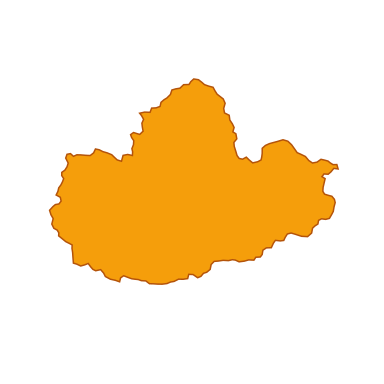 Santana do Manhuaçu, Minas Gerais, Brazil (orthographic projection), rotated 59°
{"feature_id": "56859067B31975858135216", "entity_name": "Santana do Manhuaçu", "entity_type": "district", "adm_level": 2, "iso_a3": "BRA", "parent_name": "Brazil", "parent_adm1": "Minas Gerais", "projection": "orthographic", "projection_center": [-41.894, -20.049], "detail": "fine", "context": "isolated", "style": "filled", "palette": "amber", "viewbox_px": 384, "rotation_deg": 59, "n_neighbors": 0, "source": "geoboundaries", "source_scale": "gbopen_adm2", "svg_char_len": 2835}
<svg xmlns="http://www.w3.org/2000/svg" viewBox="0 0 384 384"><g transform="rotate(59 192 192)"><path d="M247.5,54.9L243.1,53.7L241.2,57.0L238.3,58.5L235.5,59.5L233.1,61.8L230.4,64.6L230.8,69.4L229.2,73.8L225.1,75.7L220.0,76.5L215.7,79.3L212.4,81.6L207.9,81.9L202.8,82.3L197.8,83.7L194.1,87.1L192.6,93.0L191.4,97.2L190.4,100.8L189.9,105.1L190.7,109.3L195.0,111.9L197.8,114.1L200.1,116.3L199.9,120.1L198.3,125.0L194.0,126.5L190.1,127.5L189.9,131.8L187.5,134.3L183.9,134.6L180.1,133.6L174.7,132.3L171.1,130.6L169.5,126.2L164.7,124.4L161.5,126.0L158.4,122.7L154.4,122.3L149.8,122.5L145.4,120.6L141.0,123.4L136.7,121.8L133.0,117.9L128.3,117.3L124.2,118.9L121.1,120.1L117.2,120.2L113.1,120.0L109.8,123.2L106.4,126.0L103.0,127.1L99.1,128.6L96.0,132.3L96.8,136.2L98.3,139.2L95.7,143.9L96.8,148.9L95.2,152.9L94.2,156.7L97.3,160.3L98.5,165.2L98.5,168.4L99.2,172.4L102.2,175.3L101.4,179.4L99.3,183.4L102.1,186.9L99.1,191.5L97.5,196.3L100.6,195.9L104.8,196.1L107.2,199.5L110.7,201.1L114.7,202.6L115.7,207.2L110.9,211.5L111.2,215.1L114.2,215.7L118.0,215.5L121.3,217.8L123.9,221.2L127.0,222.2L130.0,224.3L126.7,227.8L125.1,232.2L129.3,236.6L126.0,239.6L122.1,240.7L118.7,241.6L114.7,244.6L111.5,247.6L108.0,249.8L105.4,252.6L107.8,256.2L108.3,260.5L105.9,264.1L102.8,268.4L100.8,271.6L100.4,275.2L96.5,276.4L95.3,279.7L97.9,282.8L103.4,283.2L106.0,286.1L107.8,289.7L108.1,293.5L110.8,295.2L114.4,295.1L116.5,297.7L118.4,300.7L119.8,304.1L122.4,306.6L124.6,310.0L128.7,307.6L132.4,308.9L133.7,312.2L132.4,315.6L132.9,318.7L134.3,323.5L138.8,324.6L143.3,324.7L147.3,328.7L152.0,329.1L155.2,327.2L158.4,327.2L160.9,328.9L165.0,327.4L169.5,325.8L173.1,323.5L175.7,322.0L178.5,323.9L182.4,325.5L187.3,328.0L191.9,330.3L194.5,327.9L198.1,325.5L199.2,321.5L199.8,317.8L204.0,317.4L207.3,316.8L209.9,315.1L211.5,310.3L216.0,309.5L219.8,309.8L224.7,306.9L228.2,303.2L231.7,300.3L228.8,297.4L228.6,293.7L232.2,290.9L235.3,288.4L237.3,285.9L239.4,283.1L241.9,281.1L244.4,277.4L248.7,275.7L250.8,272.4L253.1,269.1L255.6,265.1L257.6,260.6L258.1,256.8L259.4,253.5L259.8,248.4L262.2,244.6L264.0,240.3L260.9,237.2L263.3,233.6L268.4,231.3L268.9,227.8L267.6,224.0L268.4,220.7L267.7,216.3L264.0,212.9L262.9,208.7L264.7,205.1L266.6,200.5L269.6,196.1L270.8,192.3L272.7,189.9L276.1,187.6L278.2,182.8L279.4,178.4L282.3,174.0L280.8,170.9L282.9,166.9L281.7,164.0L278.4,161.2L278.2,157.0L280.6,152.7L277.7,148.4L276.4,145.4L279.4,141.5L280.8,138.3L278.9,135.5L277.1,131.9L278.2,128.2L281.0,125.6L286.4,120.9L289.8,115.9L288.8,110.6L285.1,107.3L284.4,104.0L284.3,100.6L281.5,98.1L281.7,94.8L284.3,91.5L285.4,87.8L283.3,84.0L281.4,80.9L277.9,77.9L274.8,74.7L271.6,73.7L267.7,74.3L264.7,77.2L262.1,79.5L258.8,79.5L255.5,77.2L252.3,74.1L249.1,71.0L245.8,72.7L244.5,69.6L246.9,66.1L246.3,62.5L244.8,58.3L247.5,54.9Z" fill="#f59e0b" stroke="#b45309" stroke-width="1.5"/></g></svg>